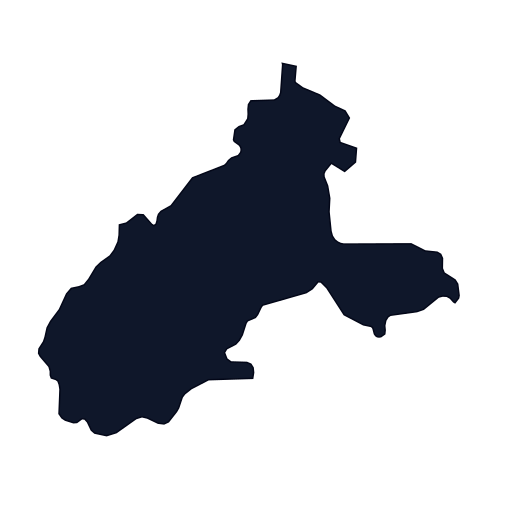 map outline of Nuoro (Albers equal-area conic projection), rotated 186°
{"feature_id": "ITA-5376", "entity_name": "Nuoro", "entity_type": "Province", "adm_level": 1, "iso_a3": "ITA", "parent_name": "Italy", "parent_adm1": "", "projection": "albers", "projection_center": [9.253, 40.262], "detail": "fine", "context": "isolated", "style": "filled", "palette": "ink", "viewbox_px": 512, "rotation_deg": 186, "n_neighbors": 0, "source": "natural_earth", "source_scale": "10m", "svg_char_len": 2244}
<svg xmlns="http://www.w3.org/2000/svg" viewBox="0 0 512 512"><g transform="rotate(186 256 256)"><path d="M435.4,78.5L437.0,103.0L438.2,107.5L439.9,111.0L442.1,112.3L446.8,113.3L448.1,116.0L448.5,119.9L450.3,124.4L460.0,133.6L462.0,136.5L462.1,141.0L458.3,148.6L457.3,153.2L456.2,162.8L453.4,169.6L445.9,182.2L440.4,198.5L436.3,204.5L428.8,206.9L423.8,209.4L419.9,215.4L413.9,228.3L409.6,233.4L401.2,240.8L397.6,246.9L394.7,255.6L394.3,262.4L395.1,272.7L388.3,275.2L378.2,284.9L372.4,285.2L363.1,276.6L360.7,275.5L358.7,277.3L358.1,280.5L358.0,284.2L357.3,287.3L355.1,290.5L345.7,297.1L327.3,327.1L296.8,342.9L295.0,345.0L293.3,348.1L290.5,351.0L284.1,354.0L282.0,357.5L281.8,359.7L282.2,361.7L283.1,363.3L284.4,364.7L289.6,367.7L290.5,369.2L290.1,379.3L286.4,382.9L281.7,385.2L278.5,391.7L278.6,396.3L279.3,401.2L279.3,405.9L277.3,409.8L254.1,413.0L250.5,415.7L249.2,418.2L248.5,421.1L249.5,449.2L249.9,450.3L235.9,448.8L235.6,433.9L235.2,433.1L234.6,432.4L227.1,428.1L209.2,422.7L193.3,413.2L182.6,409.6L177.6,403.0L185.5,381.4L184.2,377.7L167.3,373.7L166.9,359.8L176.7,349.4L190.8,356.2L196.2,347.9L197.1,344.9L196.6,341.8L192.1,333.2L188.7,321.1L188.0,307.6L184.0,288.5L182.2,283.9L179.4,280.4L176.3,278.4L173.2,277.3L170.0,277.0L103.0,284.3L88.3,278.7L76.2,278.7L72.5,277.0L70.3,273.2L69.4,263.1L67.1,258.8L55.5,253.0L52.5,249.2L49.9,238.0L50.1,235.3L53.2,230.3L54.7,231.0L58.5,234.4L62.0,235.9L66.2,235.7L70.2,234.2L83.8,220.5L90.2,217.5L116.2,211.1L118.4,209.2L120.2,205.5L120.7,200.2L119.8,195.7L119.8,191.9L123.3,188.8L125.2,188.3L127.0,188.4L128.6,189.2L130.1,190.9L131.9,195.7L132.6,197.0L134.2,198.0L142.0,198.8L162.2,206.8L182.2,231.7L188.6,236.9L191.5,236.9L196.6,229.3L202.2,224.8L244.3,207.8L245.6,205.5L248.3,197.9L250.2,194.8L257.7,190.6L258.9,188.1L261.4,176.1L263.8,170.5L266.9,166.3L275.4,160.7L277.3,156.7L274.2,150.6L269.8,148.0L254.0,149.2L249.8,147.9L247.2,144.6L246.2,139.8L246.5,134.0L290.3,128.0L306.5,117.3L312.5,111.4L314.6,107.9L317.1,96.7L318.8,92.9L325.7,81.9L329.9,79.4L335.9,79.5L347.1,83.5L352.6,84.2L358.2,81.8L376.5,65.7L385.8,61.7L397.9,63.0L401.6,65.6L406.3,73.3L409.3,76.0L412.1,76.0L416.8,71.7L420.1,71.1L428.5,72.8L432.1,74.7L435.4,78.5Z" fill="#0f172a" stroke="#020617" stroke-width="1.5"/></g></svg>